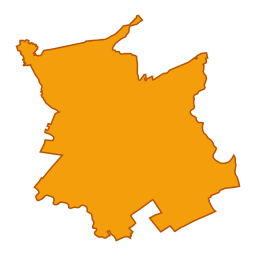 the district of Gura Ocnitei, Dâmbovita, Romania
{"feature_id": "2599482B41212153324828", "entity_name": "Gura Ocnitei", "entity_type": "district", "adm_level": 2, "iso_a3": "ROU", "parent_name": "Romania", "parent_adm1": "Dâmbovita", "projection": "robinson", "projection_center": [25.584, 44.936], "detail": "fine", "context": "isolated", "style": "filled", "palette": "amber", "viewbox_px": 256, "rotation_deg": 0, "n_neighbors": 0, "source": "geoboundaries", "source_scale": "gbopen_adm2", "svg_char_len": 5599}
<svg xmlns="http://www.w3.org/2000/svg" viewBox="0 0 256 256"><path d="M105.1,238.1L106.4,237.6L108.1,236.2L109.9,235.6L109.1,234.0L107.4,231.9L107.4,231.6L109.3,230.7L110.8,233.9L113.6,235.9L114.9,237.4L115.9,239.0L116.2,240.6L124.5,236.9L127.3,236.6L130.4,238.2L130.0,236.6L131.0,236.1L131.3,235.7L131.4,235.4L131.2,235.0L130.7,235.1L130.5,233.9L130.9,233.5L132.0,233.2L132.9,231.8L131.6,230.9L129.1,228.1L132.1,226.5L135.7,223.1L130.6,215.7L132.4,214.0L139.0,209.7L152.9,199.5L161.6,212.8L155.0,215.1L149.6,218.1L160.8,231.9L170.1,225.9L170.5,226.1L171.6,227.9L172.7,228.7L174.4,231.1L175.0,231.4L182.3,226.6L183.2,226.6L193.3,221.2L208.9,214.4L215.6,211.3L214.2,210.3L213.2,209.1L211.5,206.4L209.0,201.3L209.3,200.5L208.6,199.4L208.5,198.3L209.3,197.7L210.6,197.3L211.0,196.5L210.9,195.6L218.3,192.7L219.2,192.1L219.7,191.0L220.5,190.1L225.1,188.3L234.4,187.2L239.5,186.3L238.7,182.2L237.2,177.5L235.8,175.2L234.9,172.4L235.5,167.2L235.9,165.3L235.2,161.4L235.2,158.1L233.8,155.2L232.5,157.7L230.8,159.9L229.2,161.7L226.8,162.7L224.1,163.4L220.5,163.1L216.1,160.6L214.7,159.5L213.8,158.3L213.2,156.9L213.1,155.5L213.6,153.9L214.5,152.7L215.8,150.2L216.4,148.4L215.8,147.4L214.1,146.0L213.4,144.5L213.1,143.2L212.1,141.5L210.9,140.0L209.4,138.9L208.1,138.1L205.7,134.5L204.1,133.4L202.8,130.4L202.5,129.1L202.5,126.2L202.8,124.4L203.3,123.5L203.0,122.8L198.3,122.4L196.3,120.1L196.0,117.6L194.5,116.6L192.4,115.5L191.4,114.7L190.3,112.8L190.2,112.0L190.4,111.0L191.0,110.3L193.7,108.6L194.2,107.6L194.4,106.3L193.7,103.9L193.7,100.4L194.3,99.4L194.3,98.9L193.5,98.3L193.4,97.9L193.9,97.4L193.9,95.9L194.6,95.0L197.2,93.9L198.3,92.7L198.3,91.9L199.1,91.1L200.0,90.9L200.7,90.4L204.2,89.1L204.8,88.1L205.0,87.4L204.4,86.2L204.4,84.2L204.9,83.6L205.1,82.5L205.6,81.9L205.6,80.5L206.2,79.8L206.1,79.0L206.5,78.4L205.8,75.8L204.6,74.4L203.7,73.0L203.2,71.6L203.8,68.6L203.7,67.6L204.0,65.6L203.0,64.3L206.4,62.6L206.2,59.7L205.9,59.6L205.7,59.1L206.0,58.8L206.1,57.9L207.6,58.0L206.5,52.9L201.7,53.4L200.3,54.0L197.4,55.6L196.0,56.8L197.2,58.1L195.9,59.0L194.7,57.7L188.8,62.1L169.6,70.2L169.2,70.4L169.0,71.0L168.2,71.9L166.7,73.0L165.5,73.4L163.5,73.4L153.1,80.0L152.7,79.8L152.5,77.5L152.6,76.4L152.0,76.3L148.4,78.3L147.1,78.4L146.6,79.0L146.1,80.6L145.4,80.5L144.9,79.9L144.7,78.9L146.0,77.1L145.6,74.4L143.8,74.9L143.3,76.0L142.0,77.4L140.2,80.2L139.6,80.3L139.1,80.2L138.5,79.2L138.1,75.8L137.2,73.2L137.4,70.1L137.4,63.3L136.7,58.9L136.6,56.4L134.4,55.2L132.5,55.1L131.3,53.9L130.4,53.5L127.9,53.7L125.1,53.5L123.2,54.0L121.1,54.0L120.1,53.6L119.1,51.6L116.1,51.8L115.2,50.3L113.2,50.0L112.9,49.8L112.5,49.2L112.8,47.8L113.4,46.1L114.5,45.2L115.0,43.9L118.6,40.8L122.3,38.2L124.5,37.4L125.7,36.6L126.4,35.0L128.6,32.4L129.0,30.8L128.9,29.9L129.1,28.4L130.0,26.5L130.5,26.0L134.6,24.7L136.8,24.2L139.9,21.6L142.4,20.1L138.3,15.4L136.8,15.9L136.5,16.6L136.7,17.6L136.3,18.2L135.5,18.3L134.9,18.8L134.5,19.9L133.6,20.3L133.2,21.1L130.4,23.6L129.8,24.7L129.3,24.9L124.6,25.7L123.1,26.1L121.7,28.1L115.9,33.7L114.3,34.7L111.6,36.0L107.9,38.2L106.2,39.0L103.9,39.5L97.4,40.2L93.3,40.4L85.5,41.3L85.1,42.2L84.3,42.5L51.1,49.4L47.3,49.9L43.7,50.6L43.4,51.5L42.3,52.6L42.0,53.9L40.7,55.3L39.8,55.8L38.7,55.5L37.6,56.0L36.3,54.9L34.2,55.3L34.5,54.6L35.0,54.3L35.3,53.5L33.9,53.5L33.5,53.2L34.4,52.6L34.9,51.7L35.2,51.6L35.6,51.0L36.9,49.6L37.1,48.9L37.6,48.9L37.7,46.8L37.1,46.3L36.1,46.5L35.9,46.3L35.8,46.1L36.5,45.5L36.0,44.5L35.7,44.4L35.2,44.3L34.5,44.5L33.7,43.8L32.9,43.9L32.7,43.9L32.8,43.3L32.2,43.0L31.8,43.2L31.1,42.7L29.8,43.8L29.5,43.5L29.6,43.1L28.4,43.0L28.3,42.7L28.5,42.2L28.4,41.5L28.8,41.0L28.2,40.9L28.1,40.4L27.7,40.1L26.5,39.8L25.3,40.7L25.0,41.5L23.2,40.4L22.1,40.6L21.2,40.4L20.9,40.8L20.1,40.5L19.9,41.7L20.2,43.3L20.5,43.8L19.5,45.1L16.5,46.4L17.0,47.4L17.7,50.1L18.2,50.7L19.2,50.5L20.7,51.7L20.8,52.0L20.4,52.5L21.0,53.2L21.1,53.5L20.8,53.8L21.0,54.2L21.8,55.0L22.7,55.5L22.9,56.0L23.4,56.6L24.0,58.8L23.0,59.1L22.8,59.4L22.9,59.9L23.1,60.4L24.0,60.6L24.2,61.7L23.8,62.2L24.0,62.5L24.3,62.9L24.8,62.6L25.5,63.7L24.3,64.0L23.4,65.3L23.6,65.6L23.9,65.7L24.7,65.3L27.5,65.5L28.3,65.1L29.6,65.1L30.6,64.7L30.8,65.8L34.4,72.9L36.2,75.9L38.3,78.7L39.1,80.8L39.4,82.5L41.5,85.2L41.9,86.7L42.0,87.4L41.4,88.5L41.3,89.7L41.5,90.5L41.9,91.1L40.8,91.7L42.2,93.1L42.5,94.0L42.3,94.6L41.2,95.1L42.1,97.1L43.2,97.9L43.9,99.7L45.2,101.5L45.5,102.6L51.3,107.5L53.0,108.5L54.7,109.1L56.9,110.3L58.1,111.6L59.1,112.0L56.0,113.3L55.1,114.0L50.9,124.5L49.4,123.9L48.3,123.7L47.2,126.1L48.5,126.7L49.3,127.4L47.7,130.1L47.3,130.2L45.6,129.4L44.9,132.3L45.7,132.8L49.5,134.0L52.4,135.7L54.0,137.4L52.9,140.6L45.2,140.0L44.2,144.2L40.2,151.9L62.3,155.2L51.0,168.1L42.7,178.3L41.5,177.8L39.0,181.8L34.3,187.2L36.8,189.0L38.4,190.7L38.8,192.3L38.8,193.1L36.6,195.2L35.9,196.5L36.0,197.4L36.9,199.7L37.1,200.1L37.8,200.4L38.7,200.4L39.8,200.0L41.8,199.1L43.3,197.9L45.4,195.6L47.4,195.3L53.3,197.3L54.0,199.1L54.1,200.0L53.8,201.5L53.3,202.4L53.2,203.2L53.5,203.9L54.9,204.7L56.5,204.7L57.6,204.3L59.0,203.4L59.5,202.6L60.7,202.1L61.5,202.1L65.9,202.9L67.3,203.6L68.5,204.9L68.8,207.5L69.1,207.8L69.8,208.2L70.5,208.3L74.4,207.2L77.3,207.6L78.6,207.6L79.4,207.1L80.9,205.7L82.1,205.1L84.3,205.6L86.5,207.0L87.0,207.9L87.2,208.4L87.1,211.2L87.9,212.0L90.7,213.6L91.3,214.1L92.1,216.4L92.1,218.9L92.6,220.1L93.7,221.8L93.9,222.6L93.8,224.0L92.8,225.6L92.6,227.4L93.1,228.2L96.1,228.5L96.5,229.1L96.4,230.3L96.0,231.0L94.9,231.9L94.5,233.0L94.6,233.8L95.3,234.7L98.4,236.9L99.8,237.1L101.0,236.7L102.4,237.0L103.3,237.3L103.9,237.8L105.1,238.1Z" fill="#f59e0b" stroke="#b45309" stroke-width="1.5"/></svg>